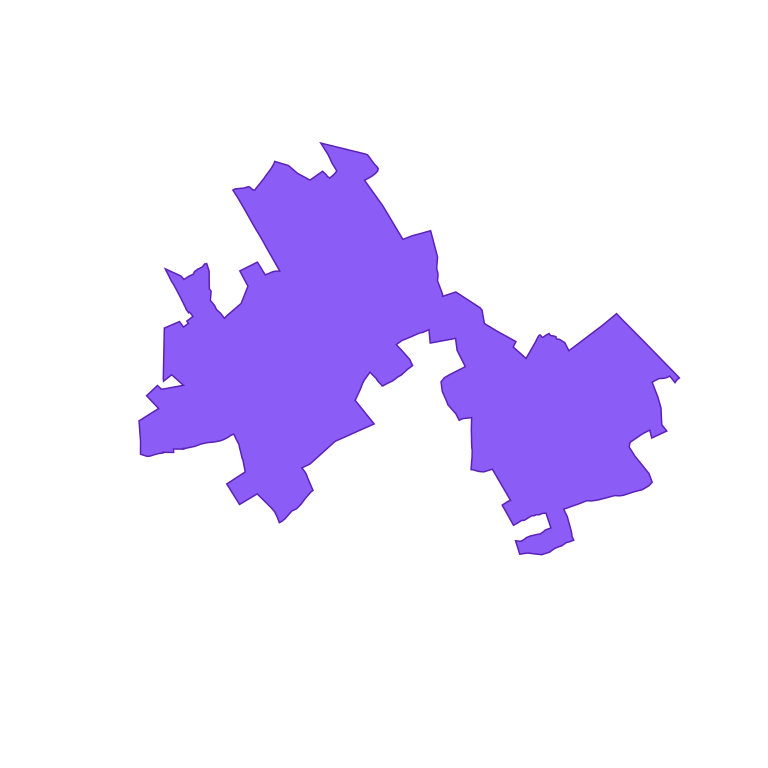 outline of Dzán, Yucatán, Mexico, rotated 51°
{"feature_id": "50627088B52213754253598", "entity_name": "Dzán", "entity_type": "district", "adm_level": 2, "iso_a3": "MEX", "parent_name": "Mexico", "parent_adm1": "Yucatán", "projection": "albers", "projection_center": [-89.447, 20.397], "detail": "fine", "context": "isolated", "style": "filled", "palette": "violet", "viewbox_px": 768, "rotation_deg": 51, "n_neighbors": 0, "source": "geoboundaries", "source_scale": "gbopen_adm2", "svg_char_len": 4874}
<svg xmlns="http://www.w3.org/2000/svg" viewBox="0 0 768 768"><g transform="rotate(51 384 384)"><path d="M598.5,193.8L590.6,193.8L585.0,189.8L577.1,183.9L566.6,179.4L551.3,174.5L552.8,167.1L556.1,162.2L557.1,159.7L557.7,156.9L566.1,157.0L565.1,153.6L565.2,150.6L512.8,155.4L484.2,158.3L475.7,159.0L475.9,177.4L474.5,219.4L465.6,217.5L459.7,219.5L458.1,221.3L456.5,221.3L455.6,220.6L454.2,221.4L451.0,224.1L448.6,224.0L447.9,228.1L447.8,231.1L447.2,231.6L445.8,231.7L444.3,231.7L443.8,232.3L443.9,233.4L444.8,235.7L446.1,238.6L446.4,239.1L453.5,257.5L436.5,260.3L434.1,254.8L414.3,262.8L400.2,267.9L388.4,261.4L385.4,261.3L357.7,270.3L352.8,283.2L350.8,281.9L337.4,277.4L333.2,273.3L330.5,271.7L328.8,271.1L326.7,269.8L319.1,262.5L294.2,251.3L290.0,261.1L286.6,268.6L283.5,278.3L244.9,272.8L218.2,271.2L213.4,270.9L214.4,266.1L214.9,262.2L215.0,258.0L214.5,255.0L213.0,252.9L210.9,252.7L207.2,253.1L196.6,252.6L195.4,252.7L194.1,253.4L193.8,253.6L179.8,264.2L157.0,281.5L171.1,283.2L179.2,285.3L188.7,286.6L189.4,289.3L189.8,293.4L189.7,296.6L187.0,297.4L185.5,297.1L183.6,297.4L180.0,297.9L179.0,313.2L165.9,318.6L154.0,320.8L142.2,328.9L143.4,330.6L145.5,336.0L146.9,341.5L147.7,344.7L148.7,348.0L150.1,354.2L150.8,357.5L151.2,359.6L151.8,361.6L151.9,362.5L151.4,363.0L150.9,363.3L150.8,363.6L149.9,363.8L149.0,364.0L147.4,364.3L146.3,364.4L145.8,364.9L145.1,365.7L144.5,367.3L143.5,369.8L142.1,371.7L140.9,373.5L138.6,377.1L138.2,379.4L147.1,380.4L163.1,382.9L181.5,386.0L194.4,387.8L205.1,389.7L216.0,391.5L230.6,393.9L228.9,396.2L227.7,397.9L227.1,399.0L226.7,400.1L226.3,401.2L226.1,402.2L224.5,407.6L220.3,407.1L212.8,406.1L209.6,405.7L205.4,424.9L222.4,428.2L228.8,439.6L231.5,444.3L232.0,462.6L232.5,466.7L226.1,466.5L220.6,467.3L216.5,466.3L209.7,466.3L203.1,460.0L200.2,459.9L194.2,455.2L186.1,448.8L178.8,446.0L177.8,448.0L178.2,449.3L178.7,451.3L178.4,453.1L177.6,456.3L177.4,460.6L178.7,463.1L177.6,467.1L176.8,473.7L174.3,473.7L172.2,473.9L171.1,474.4L156.9,481.5L159.7,482.2L160.9,482.4L166.0,483.5L170.1,484.5L174.2,484.9L179.1,485.8L184.2,486.8L189.1,487.8L194.4,489.0L197.1,489.6L199.9,490.2L200.8,490.6L201.6,490.8L205.8,491.0L205.8,489.8L211.3,489.9L211.0,497.6L213.8,498.0L213.6,504.0L206.8,503.6L202.3,519.5L241.1,552.3L241.6,552.6L243.1,553.6L243.1,553.4L243.2,549.0L243.2,548.9L243.2,548.7L243.2,543.2L246.2,542.7L246.3,542.7L258.8,540.7L249.2,558.3L248.1,560.2L242.6,561.0L243.7,575.9L261.2,574.6L258.5,597.6L275.4,609.3L285.3,617.4L285.6,617.2L285.8,617.1L291.1,613.7L292.7,611.4L293.8,608.6L295.6,604.1L298.2,599.6L298.5,599.3L297.9,598.8L304.8,590.6L302.1,588.4L308.6,580.6L307.9,580.3L308.9,579.1L313.4,570.3L315.5,564.0L318.3,558.4L322.1,552.6L325.0,547.3L326.3,543.6L327.3,538.4L327.5,535.6L328.1,533.3L328.3,532.3L329.4,532.5L331.3,532.9L332.3,533.3L340.2,534.9L341.5,535.8L347.1,538.4L352.0,540.8L354.4,541.5L365.0,547.2L362.7,569.1L386.7,572.1L389.6,551.7L408.4,549.6L414.5,549.4L420.6,550.8L425.9,552.6L426.4,550.1L426.5,545.8L424.7,535.6L425.9,530.6L425.2,524.0L424.1,519.7L423.7,518.6L421.9,508.6L422.1,506.2L415.5,504.3L408.8,502.4L405.1,501.1L402.1,500.7L397.5,500.6L399.6,491.8L398.4,469.0L397.8,458.1L398.0,457.1L400.8,447.0L404.0,434.7L408.8,416.8L378.4,416.7L378.2,415.9L373.1,405.5L370.0,400.1L368.6,396.9L366.9,390.8L366.0,387.5L374.9,386.6L376.6,386.9L378.6,387.0L379.7,386.9L381.6,386.6L383.3,386.5L384.0,386.8L384.4,386.5L384.9,385.7L384.9,384.9L385.2,383.4L385.7,381.0L387.0,375.3L387.2,372.5L387.2,368.4L387.9,365.4L387.8,362.9L387.4,356.6L387.7,350.2L381.0,348.5L378.2,348.7L376.1,348.8L368.3,349.1L361.1,349.7L361.5,342.7L364.0,334.4L364.2,333.7L366.9,323.8L368.3,321.5L370.1,314.9L381.3,322.3L393.6,299.7L403.8,306.0L421.7,309.9L418.3,325.9L418.2,326.2L417.1,333.1L418.2,338.3L426.5,343.4L437.2,346.3L440.3,347.4L452.4,346.9L459.5,348.4L460.5,344.5L465.3,337.1L474.7,345.1L478.0,347.6L485.3,353.3L488.4,355.6L490.8,357.1L491.3,357.4L496.8,362.1L498.4,363.7L501.4,366.6L505.4,370.2L506.5,369.0L511.1,365.8L513.0,364.0L515.1,361.7L518.4,353.4L554.1,358.9L553.2,361.6L552.5,368.4L563.4,370.2L575.3,372.3L576.2,367.1L576.6,363.0L577.9,361.3L578.4,359.8L578.5,358.8L579.3,352.2L580.9,350.1L581.3,348.1L582.2,347.0L583.2,345.9L584.2,342.4L586.4,339.4L592.7,341.8L600.9,344.8L599.0,350.5L599.1,353.9L598.9,356.8L597.5,359.3L597.0,360.2L594.3,365.7L593.0,370.0L593.0,373.8L592.2,376.9L588.6,380.4L601.7,385.6L605.8,378.7L615.8,369.0L618.9,361.0L619.1,355.1L620.6,350.3L621.6,347.8L621.9,342.4L623.3,339.3L624.8,334.9L622.7,334.3L620.6,333.8L618.6,332.3L614.0,330.1L612.6,329.5L602.4,325.0L594.4,323.1L599.9,307.6L602.3,299.9L605.4,296.4L608.9,290.5L613.1,281.3L615.1,276.6L616.7,273.8L617.6,273.2L619.7,270.5L621.2,267.8L625.4,256.9L628.7,249.8L629.8,241.9L629.1,237.4L620.3,234.4L597.9,234.4L587.2,233.1L584.2,229.5L585.4,214.5L587.1,206.5L594.5,209.9L598.5,193.8Z" fill="#8b5cf6" stroke="#5b21b6" stroke-width="1.5"/></g></svg>